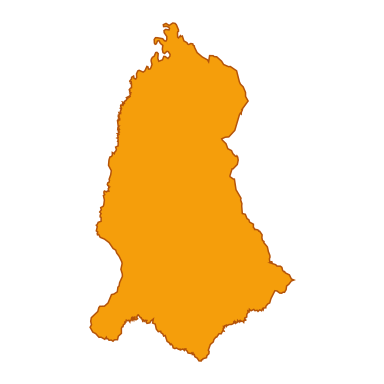 Santander De Quilichao, Cauca, Colombia
{"feature_id": "7082276B54402931041417", "entity_name": "Santander De Quilichao", "entity_type": "district", "adm_level": 2, "iso_a3": "COL", "parent_name": "Colombia", "parent_adm1": "Cauca", "projection": "equal_earth", "projection_center": [-76.497, 2.997], "detail": "fine", "context": "isolated", "style": "filled", "palette": "amber", "viewbox_px": 384, "rotation_deg": 0, "n_neighbors": 0, "source": "geoboundaries", "source_scale": "gbopen_adm2", "svg_char_len": 5987}
<svg xmlns="http://www.w3.org/2000/svg" viewBox="0 0 384 384"><path d="M90.1,327.3L92.8,332.1L95.7,333.6L99.0,337.3L101.1,337.2L104.8,339.3L106.3,337.3L106.6,338.7L107.7,338.6L109.0,340.2L111.3,340.1L113.0,341.2L114.4,339.8L117.5,339.7L118.3,336.2L121.4,333.4L121.4,328.3L122.2,326.8L123.0,326.7L123.3,324.9L125.0,323.6L124.8,322.1L125.8,322.2L126.3,320.1L127.3,320.7L128.7,320.3L129.8,321.9L130.0,320.5L131.0,320.6L131.5,318.5L132.4,319.8L132.4,316.6L133.8,319.6L134.1,317.3L134.8,317.0L135.0,319.5L136.0,319.8L137.6,318.7L136.6,317.2L137.7,315.1L138.4,314.9L140.1,317.3L141.2,317.7L141.2,318.6L142.2,319.3L142.7,321.1L143.6,320.1L144.2,321.4L145.3,320.3L146.8,320.5L146.0,321.9L147.0,323.4L149.9,322.8L150.5,321.3L153.3,319.0L152.6,323.0L155.2,324.1L156.3,329.1L158.3,331.7L160.7,331.3L161.0,332.7L162.8,333.9L163.7,336.1L165.2,335.5L167.1,341.4L169.2,342.7L170.3,344.6L171.0,343.8L172.7,345.8L173.1,347.8L174.9,348.6L176.4,348.0L178.6,349.3L180.2,349.2L180.3,350.0L182.9,349.0L184.3,350.4L184.7,349.0L185.9,348.9L185.9,350.0L187.3,351.3L188.0,353.0L190.9,353.5L191.8,352.8L192.2,354.1L193.0,353.2L193.3,354.7L194.3,354.5L194.8,356.7L197.2,358.1L199.0,360.9L201.2,361.0L201.5,359.8L202.6,359.7L203.0,358.7L206.5,357.7L206.9,355.6L208.9,353.7L209.1,351.4L208.3,350.3L210.3,344.5L213.3,341.9L213.9,339.5L215.9,337.1L216.7,337.1L219.0,333.7L221.2,333.8L222.7,330.8L224.0,331.1L223.0,329.0L223.6,328.4L223.5,326.7L224.5,327.4L224.6,325.8L225.7,325.4L226.3,326.3L226.7,325.1L227.5,325.5L228.8,324.6L231.7,324.4L233.5,323.4L233.8,322.0L234.7,322.8L234.8,321.8L235.5,323.0L235.9,322.0L236.7,322.8L237.7,321.8L237.7,320.6L238.6,321.6L239.8,320.6L239.9,321.8L241.4,320.4L241.1,321.3L242.9,321.4L243.7,322.3L244.0,320.5L245.7,320.2L245.6,319.5L244.6,319.6L244.7,318.0L246.7,317.0L246.8,314.3L248.1,312.4L247.9,311.0L249.1,311.8L249.4,309.3L251.0,310.8L253.8,309.4L254.9,310.7L257.2,310.3L258.0,311.4L259.8,309.8L261.6,310.8L262.5,308.8L263.2,309.8L263.6,308.0L265.8,307.8L265.8,306.4L267.7,304.0L269.7,302.9L270.9,298.7L274.9,290.7L276.8,290.9L279.8,293.1L281.7,293.2L283.1,292.2L284.5,292.3L286.1,289.7L286.6,286.0L288.8,284.3L291.3,281.0L293.9,280.0L291.4,279.0L289.4,274.9L285.4,272.9L284.5,271.5L283.8,271.7L282.6,270.4L281.9,267.4L280.4,266.2L277.0,266.1L275.7,264.7L270.1,262.8L272.0,262.4L271.8,261.7L269.8,261.9L269.4,258.9L270.0,257.1L269.8,255.3L268.4,251.7L267.4,247.0L263.8,242.6L264.0,241.5L262.5,240.5L261.9,237.8L262.1,234.8L259.7,231.3L258.8,231.2L258.6,230.4L256.9,229.6L254.6,229.5L254.6,228.6L253.4,227.5L253.4,224.2L249.6,222.1L248.8,219.7L247.0,218.6L245.3,214.3L242.3,213.5L241.7,206.0L241.9,203.6L240.6,199.9L241.0,198.2L236.0,189.7L234.4,179.1L233.4,179.1L230.0,176.7L229.9,175.8L232.1,168.8L233.0,168.9L237.3,164.5L238.2,160.1L237.7,157.1L236.9,155.9L236.6,156.5L235.4,156.2L232.9,153.7L231.5,150.6L227.8,148.7L226.0,143.7L222.3,140.1L221.7,138.8L225.3,137.2L228.8,136.9L234.8,130.4L239.4,114.8L240.3,113.2L241.2,114.0L241.4,112.1L242.4,109.8L241.9,109.5L248.1,101.0L245.6,96.5L245.5,92.4L243.2,86.9L240.5,84.2L239.4,81.9L236.6,70.8L230.3,66.5L228.6,66.7L223.6,64.5L221.6,61.2L216.7,56.8L214.1,56.6L213.1,55.7L209.6,55.6L208.6,61.8L207.4,59.8L202.3,57.0L197.1,52.6L194.5,47.3L194.3,45.9L193.2,45.3L192.8,43.9L190.8,43.5L188.8,44.5L187.6,44.0L187.0,42.7L183.9,40.9L182.3,36.0L180.8,36.6L180.4,35.7L178.5,37.9L177.6,37.1L177.5,33.0L177.8,31.6L178.5,31.3L178.5,29.9L176.4,24.8L175.1,23.4L172.8,23.0L169.2,25.4L166.0,23.4L163.3,24.7L163.6,26.6L166.7,26.4L168.8,27.3L169.5,28.4L169.0,29.9L165.7,29.4L164.0,30.6L164.2,32.7L166.8,36.5L166.8,39.6L165.9,41.1L164.5,40.8L162.7,38.7L157.3,37.7L155.5,37.7L154.2,39.5L154.4,43.1L155.2,44.3L156.3,43.8L157.5,41.0L158.9,40.6L160.4,43.4L162.8,45.4L162.3,49.2L163.0,52.6L164.6,53.5L166.8,51.4L168.2,51.6L170.1,54.4L169.9,56.2L168.0,58.5L165.1,56.5L163.8,56.4L162.5,59.8L158.8,61.3L157.8,58.3L158.2,53.6L156.9,52.3L155.7,52.6L154.2,56.2L152.4,57.3L151.3,59.2L151.1,60.9L152.0,64.5L150.9,67.7L149.9,69.1L148.5,69.1L147.9,66.8L146.9,66.4L144.9,70.8L143.2,72.1L139.1,70.3L137.8,70.9L136.5,73.8L136.7,77.5L135.7,79.1L134.1,78.4L133.6,76.0L131.6,77.3L131.4,79.1L129.7,81.1L130.1,81.9L131.2,81.8L131.4,83.0L130.7,83.6L131.5,84.1L131.5,87.7L130.4,88.2L129.2,89.9L129.9,90.6L129.6,92.0L130.9,92.8L130.0,93.6L130.5,94.3L129.8,95.4L130.2,96.4L129.3,97.1L128.6,96.6L127.9,98.1L127.3,97.1L126.5,97.7L127.3,98.1L126.0,100.5L124.8,101.1L124.2,102.5L123.0,102.2L123.9,103.2L122.7,103.1L122.4,104.0L123.5,104.2L123.0,105.2L122.3,104.3L121.9,105.2L120.1,105.1L121.0,105.5L120.7,106.6L121.4,108.2L120.4,108.4L121.2,109.6L120.2,111.4L120.7,112.3L120.6,113.5L119.0,112.8L119.4,114.1L119.0,115.2L118.4,115.1L118.2,116.3L118.5,116.9L119.4,116.2L118.5,117.9L119.6,118.3L119.7,119.7L118.3,119.5L117.6,120.3L118.4,120.8L117.6,121.4L118.2,126.1L119.0,126.1L118.1,127.2L118.6,128.0L117.9,127.9L117.7,129.8L119.2,129.8L118.3,131.2L119.3,132.1L118.2,133.1L118.7,133.9L117.5,133.8L118.4,134.9L117.6,135.5L118.2,137.4L117.1,138.0L117.9,138.4L118.2,140.1L117.6,141.4L118.2,141.7L118.1,145.9L115.6,147.1L116.4,149.5L115.7,151.2L114.5,152.4L114.3,153.7L112.3,152.5L112.3,155.1L111.6,156.4L109.9,157.0L109.0,159.9L108.5,165.3L111.3,170.7L110.7,174.8L109.1,179.3L109.5,180.3L109.0,182.3L107.9,182.7L107.3,184.3L107.8,185.5L108.6,185.7L108.7,187.0L109.5,187.1L108.2,188.8L108.8,191.2L107.3,191.0L106.6,191.9L104.4,191.0L104.0,191.6L103.9,193.1L104.7,194.7L103.4,195.5L104.4,200.0L103.8,204.7L103.2,206.3L100.7,207.6L101.3,209.9L99.7,212.0L101.1,213.6L100.2,215.1L100.1,216.9L101.1,217.4L101.1,221.3L98.2,222.3L97.1,224.7L96.3,225.2L97.3,226.6L96.3,230.9L97.7,231.9L97.2,233.6L97.5,234.8L98.6,234.4L100.2,237.3L104.5,239.1L109.1,242.6L113.1,248.5L115.7,250.1L116.7,253.0L119.2,256.4L121.8,261.9L122.1,263.7L120.9,269.3L122.3,273.9L122.4,276.4L119.6,282.6L119.1,285.9L117.9,287.2L117.3,291.8L114.0,294.0L111.5,294.6L108.0,303.0L104.4,306.2L99.8,306.3L98.8,307.7L97.8,311.5L91.3,317.7L90.7,321.3L91.5,324.8L90.1,327.3Z" fill="#f59e0b" stroke="#b45309" stroke-width="1.5"/></svg>